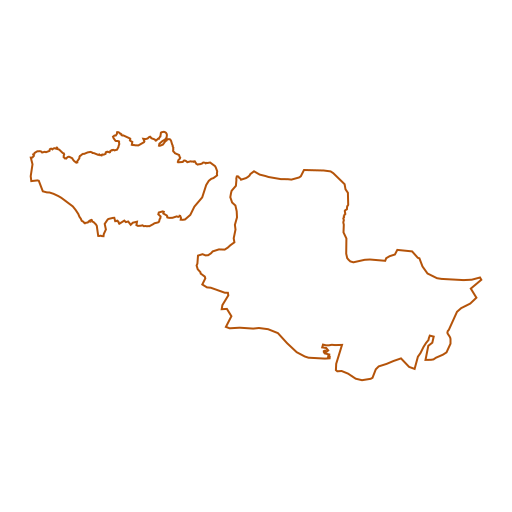 Wasagu-Danko, Kebbi, Nigeria (orthographic projection)
{"feature_id": "59680162B4050907661224", "entity_name": "Wasagu-Danko", "entity_type": "district", "adm_level": 2, "iso_a3": "NGA", "parent_name": "Nigeria", "parent_adm1": "Kebbi", "projection": "orthographic", "projection_center": [5.394, 11.45], "detail": "fine", "context": "isolated", "style": "outline", "palette": "amber", "viewbox_px": 512, "rotation_deg": 0, "n_neighbors": 0, "source": "geoboundaries", "source_scale": "gbopen_adm2", "svg_char_len": 6034}
<svg xmlns="http://www.w3.org/2000/svg" viewBox="0 0 512 512"><path d="M362.0,380.2L370.7,378.8L372.5,377.8L375.8,369.3L378.7,366.4L386.6,363.9L393.5,361.0L401.0,358.4L409.1,366.9L414.6,368.9L417.9,356.7L420.4,353.2L423.6,346.8L426.1,342.9L428.5,340.0L428.8,338.3L429.8,335.6L433.7,336.6L432.3,342.7L428.3,345.8L425.5,359.9L431.0,359.8L433.5,359.4L436.0,357.7L442.9,354.7L446.5,352.4L450.5,343.7L450.5,339.0L450.2,337.7L449.6,336.5L447.6,333.5L447.4,332.5L447.8,331.0L448.8,329.9L457.0,311.8L461.2,308.1L470.2,303.6L476.4,297.7L470.8,288.6L481.3,279.8L480.0,277.5L471.8,279.7L463.5,280.1L441.5,278.9L437.0,278.2L427.5,273.5L422.5,266.5L419.4,258.3L417.8,257.8L412.1,251.4L397.3,249.9L394.9,254.5L389.6,256.2L386.2,258.2L385.2,260.8L369.9,259.5L364.7,259.8L353.4,262.3L350.3,261.4L348.5,259.7L347.2,258.1L346.2,253.7L346.4,238.5L343.5,232.4L343.8,224.7L343.3,222.6L343.5,221.2L343.8,220.7L343.7,219.3L343.3,218.7L343.7,217.5L344.0,217.3L343.8,216.2L344.3,215.7L344.5,214.6L345.3,214.0L344.8,210.9L345.3,210.2L346.9,209.3L347.1,206.8L347.4,205.9L347.9,205.5L348.2,204.8L347.9,192.8L345.5,189.3L344.6,184.2L333.3,173.2L330.6,171.4L323.7,170.5L304.0,170.0L300.8,176.3L299.0,177.5L291.4,179.6L287.9,179.2L280.7,179.1L268.5,177.0L265.4,176.0L259.7,174.6L254.0,171.3L250.3,174.1L249.5,175.6L247.8,177.0L246.0,178.1L241.0,179.7L240.5,178.7L239.1,177.7L238.5,176.7L237.8,176.3L236.8,176.4L236.3,178.4L236.4,180.1L235.9,185.8L231.6,190.8L231.0,193.2L230.3,197.2L232.1,202.5L235.4,205.5L236.7,211.3L237.0,217.4L234.9,224.8L235.5,229.6L233.7,238.3L234.4,242.3L230.3,245.3L227.8,247.6L224.7,249.6L218.9,249.4L212.7,251.4L211.0,253.3L208.2,255.2L205.6,255.4L202.5,254.2L198.0,255.6L197.4,263.6L196.6,265.5L197.7,269.2L200.4,272.2L200.7,273.6L204.8,276.6L205.3,278.4L202.3,284.5L207.0,287.4L210.7,287.7L224.7,292.7L227.9,292.8L228.3,295.4L222.4,305.1L221.7,309.2L226.9,308.9L231.4,316.2L225.9,326.9L229.6,328.3L239.7,327.7L253.2,328.6L258.9,328.0L268.1,329.2L277.9,333.1L287.1,343.2L296.7,352.2L304.8,356.5L308.5,357.7L325.0,358.6L329.6,358.3L329.7,357.0L328.1,357.1L328.3,355.9L329.2,355.9L329.3,354.5L324.7,353.4L323.8,352.0L323.8,351.1L325.0,350.6L325.5,350.6L325.8,351.8L326.7,351.7L328.2,350.4L326.2,348.0L322.2,347.4L323.0,344.6L326.0,345.3L327.3,345.3L329.0,345.3L331.8,344.8L335.2,345.1L342.0,344.9L336.2,363.8L335.9,370.1L337.3,371.3L341.6,371.0L348.0,373.6L355.7,378.7L362.0,380.2ZM33.2,154.4L33.9,155.8L32.4,157.5L30.8,157.6L32.5,164.3L30.7,176.2L31.3,181.1L37.5,180.4L38.8,180.8L42.8,191.3L46.9,192.4L49.5,192.5L53.5,193.8L58.4,196.1L61.3,197.8L72.8,206.4L75.6,209.9L78.3,214.0L79.4,216.7L80.8,218.7L81.7,220.8L83.3,221.7L84.4,223.0L84.9,223.3L85.3,222.9L87.8,222.5L88.8,221.3L89.9,221.6L90.0,220.5L90.4,220.2L90.9,220.2L91.5,219.9L91.9,220.2L92.1,221.5L93.6,222.1L96.0,224.5L96.8,225.9L98.2,235.9L99.2,236.0L100.6,235.7L101.9,236.1L103.5,236.2L103.8,234.0L105.9,229.5L104.7,223.9L107.4,219.9L108.3,219.0L112.9,217.9L114.3,217.8L115.2,221.2L116.3,221.1L117.2,220.6L117.8,221.0L118.1,221.7L118.5,221.9L119.1,223.7L119.3,223.8L124.3,220.6L125.8,222.1L128.2,221.5L130.7,224.8L132.8,222.7L137.0,221.7L136.4,225.1L137.9,225.9L141.0,225.7L142.5,225.3L143.8,226.2L145.5,226.0L147.0,226.3L148.0,226.1L149.4,226.2L153.3,224.1L154.4,223.3L158.1,222.4L159.1,221.6L159.6,219.3L160.3,218.3L160.6,216.4L158.3,214.3L158.8,212.5L162.7,211.4L163.8,211.8L163.3,213.5L166.8,215.5L167.2,216.2L167.1,216.9L167.4,217.5L169.4,217.9L172.5,217.8L176.7,216.4L178.2,216.9L179.0,216.5L179.8,216.3L179.8,215.8L180.2,215.9L181.0,217.9L180.7,219.7L182.8,219.8L185.0,219.5L190.3,214.9L194.4,206.6L202.2,197.4L206.2,185.0L208.8,180.8L211.3,178.8L213.4,178.1L217.1,175.4L216.9,173.6L217.2,171.3L215.8,167.5L215.0,166.1L210.1,162.5L207.5,163.0L206.4,162.9L205.9,163.3L205.7,163.0L203.7,162.5L202.9,162.7L202.1,163.5L200.4,164.1L198.6,164.3L197.7,164.6L196.3,163.8L194.8,161.3L194.3,161.3L193.7,161.8L193.2,161.5L191.8,161.6L190.7,161.3L187.3,162.2L186.3,161.2L184.8,160.5L183.7,160.7L183.2,161.6L182.5,162.0L178.1,162.3L177.8,162.0L178.4,160.1L179.9,158.6L180.2,157.6L179.6,156.8L179.1,155.0L174.9,153.2L174.5,152.5L173.3,151.4L173.1,150.8L173.3,149.4L173.1,148.9L173.4,147.8L172.7,146.5L172.7,145.4L172.2,144.6L171.1,140.9L170.3,139.6L169.7,139.2L167.2,139.2L166.8,139.9L166.7,140.4L165.3,141.3L162.9,144.6L160.4,145.6L159.4,145.8L159.0,145.7L159.4,143.7L162.4,141.1L165.1,139.5L166.6,137.5L166.9,135.0L166.7,134.0L166.0,132.8L164.7,132.0L163.8,131.8L161.4,132.3L160.9,132.8L160.4,136.4L160.1,136.5L159.5,137.6L158.9,138.2L158.9,138.7L157.9,138.8L157.4,139.5L156.7,139.8L156.2,140.5L155.6,140.6L155.0,139.7L154.6,139.4L151.3,138.2L151.1,137.7L150.1,136.7L149.1,137.1L147.6,138.5L145.5,139.1L143.3,138.8L144.4,141.3L144.0,142.2L138.4,145.4L135.2,145.3L133.6,144.9L133.2,145.1L131.8,144.8L132.3,141.9L130.4,140.9L129.9,140.2L130.2,139.6L130.3,138.8L130.0,138.5L123.3,135.4L122.4,135.5L121.6,135.2L121.3,134.7L121.4,134.3L120.7,133.7L120.0,133.6L119.6,133.0L118.8,132.4L117.9,132.1L117.1,132.2L116.9,133.9L115.8,135.5L114.5,135.5L113.0,136.7L113.6,138.2L115.4,140.7L115.9,141.0L117.4,141.0L118.9,141.3L119.1,141.7L119.0,142.6L119.3,144.0L118.5,146.3L118.5,146.9L117.0,149.7L114.4,150.4L113.7,149.9L112.1,150.0L111.8,150.5L111.4,150.4L110.4,150.9L110.0,152.2L109.6,152.4L107.6,151.7L106.9,152.1L106.5,151.9L105.8,152.3L105.5,153.9L103.8,154.6L103.0,154.7L102.6,154.5L101.9,154.7L101.6,155.4L100.9,155.1L100.0,155.2L99.2,154.4L98.3,154.9L93.9,153.1L92.5,153.0L92.1,152.5L90.6,151.9L87.7,152.4L84.1,153.9L82.9,153.9L81.9,154.5L80.4,155.8L80.0,155.9L79.5,156.7L79.3,158.4L77.1,161.5L77.3,162.4L76.3,162.7L74.1,161.0L72.8,159.4L72.3,158.3L69.7,157.0L68.9,156.7L67.6,157.1L66.8,157.9L66.3,158.1L66.2,158.5L64.8,158.4L64.3,157.6L63.7,157.3L63.7,155.7L64.2,154.4L63.8,153.4L63.0,153.2L62.2,152.5L59.2,149.6L57.6,149.1L57.2,147.7L56.6,147.6L56.1,148.7L54.3,148.2L53.3,148.6L52.4,149.4L51.4,148.7L50.5,148.8L49.8,149.3L49.5,150.9L46.0,152.2L44.8,151.8L42.1,152.5L41.3,151.6L40.0,151.2L37.3,151.3L34.6,152.9L34.3,153.9L33.2,154.4Z" fill="none" stroke="#b45309" stroke-width="2"/></svg>